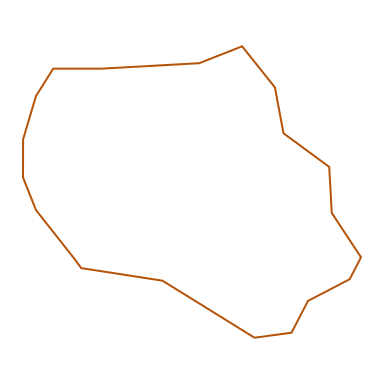 the Unitary Authority of Luton
{"feature_id": "GBR-2752", "entity_name": "Luton", "entity_type": "Unitary Authority", "adm_level": 1, "iso_a3": "GBR", "parent_name": "United Kingdom", "parent_adm1": "", "projection": "robinson", "projection_center": [-0.408, 51.873], "detail": "fine", "context": "isolated", "style": "outline", "palette": "amber", "viewbox_px": 384, "rotation_deg": 0, "n_neighbors": 0, "source": "natural_earth", "source_scale": "10m", "svg_char_len": 376}
<svg xmlns="http://www.w3.org/2000/svg" viewBox="0 0 384 384"><path d="M242.1,46.3L274.9,87.4L283.5,133.3L329.2,166.9L331.8,213.0L361.0,257.3L349.7,279.2L308.0,300.9L291.5,332.7L254.5,337.7L162.5,280.7L82.4,268.3L81.4,268.3L74.6,259.1L36.0,210.1L23.0,177.4L23.1,139.4L36.0,96.0L53.2,68.7L100.4,68.7L199.2,63.2L242.1,46.3Z" fill="none" stroke="#b45309" stroke-width="2"/></svg>